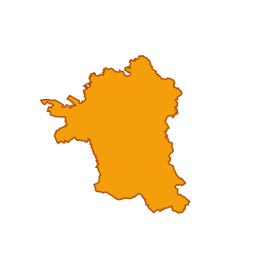 the district of Tho Xuan, Thanh Hóa, Vietnam, rotated 299°
{"feature_id": "81297802B55629975533372", "entity_name": "Tho Xuan", "entity_type": "district", "adm_level": 2, "iso_a3": "VNM", "parent_name": "Vietnam", "parent_adm1": "Thanh Hóa", "projection": "equal_earth", "projection_center": [105.491, 19.926], "detail": "fine", "context": "isolated", "style": "filled", "palette": "amber", "viewbox_px": 256, "rotation_deg": 299, "n_neighbors": 0, "source": "geoboundaries", "source_scale": "gbopen_adm2", "svg_char_len": 5794}
<svg xmlns="http://www.w3.org/2000/svg" viewBox="0 0 256 256"><g transform="rotate(299 128 128)"><path d="M57.7,130.1L57.7,132.1L59.3,136.0L59.1,137.5L61.1,139.4L61.4,140.2L61.0,148.4L60.5,151.2L60.5,153.6L60.7,154.5L61.5,155.6L65.5,159.5L67.1,163.7L68.0,164.9L70.4,165.8L70.5,167.0L75.9,169.1L76.0,169.4L76.1,171.0L75.6,173.1L73.9,175.5L74.2,177.2L72.8,177.9L71.3,180.1L69.9,180.7L69.7,181.2L69.6,182.2L70.4,183.3L69.0,183.7L68.5,184.3L67.6,186.3L67.6,187.9L67.0,190.1L66.5,191.1L66.6,191.6L69.5,192.6L71.2,193.8L71.2,194.6L70.5,196.4L71.2,196.8L71.9,196.7L72.5,197.1L73.4,196.9L73.4,198.2L74.2,198.7L75.5,198.8L75.8,199.8L76.4,200.0L77.5,201.4L80.7,203.9L80.7,204.4L79.8,204.5L78.6,206.4L77.6,206.8L78.3,210.1L78.2,211.0L78.5,211.4L78.2,212.3L78.2,213.5L79.6,214.9L80.2,216.1L83.0,216.8L84.0,216.1L84.9,217.0L85.5,217.1L87.9,215.5L89.2,216.7L89.7,217.8L91.2,217.3L93.5,217.6L94.0,215.7L94.0,214.4L95.0,210.4L94.8,209.2L95.2,206.1L94.4,205.0L94.3,203.7L95.1,202.8L98.7,201.2L98.5,198.8L99.3,197.5L102.1,198.2L102.0,198.9L102.4,199.7L103.3,200.0L104.2,203.6L105.6,203.6L107.0,205.0L107.6,204.9L108.2,203.9L108.9,201.5L109.7,200.1L109.4,198.9L109.6,198.3L109.2,196.7L109.8,195.7L110.6,193.0L112.4,190.9L114.3,187.9L116.5,186.2L116.7,185.1L116.4,182.0L117.0,180.5L118.2,179.7L118.8,179.8L119.5,180.8L120.3,180.3L122.3,180.0L122.7,177.8L123.2,177.3L126.8,177.5L127.9,178.5L129.9,178.6L133.6,174.9L135.5,174.6L136.3,173.4L135.6,171.5L135.6,170.6L137.0,169.3L137.5,167.9L138.1,167.9L137.8,166.5L138.0,165.4L138.3,165.0L138.9,165.0L139.7,166.5L140.2,166.5L141.0,164.4L142.5,162.2L143.0,162.0L143.5,163.1L144.1,163.3L146.2,162.5L147.9,163.8L149.7,161.3L151.6,157.3L154.9,157.2L156.5,156.8L158.0,157.7L160.2,160.1L158.9,162.1L160.0,162.5L160.9,162.2L161.8,162.7L162.3,162.0L163.0,162.4L164.0,163.8L164.2,163.4L163.7,162.8L164.0,162.4L164.8,162.9L165.0,163.4L164.6,163.4L164.6,163.7L165.3,164.2L166.2,163.7L166.5,163.2L166.6,161.5L167.9,162.1L168.4,160.5L168.2,159.9L168.8,158.7L170.4,160.5L171.0,160.1L171.7,160.3L172.3,159.6L173.8,159.3L175.4,155.9L176.1,156.1L176.9,157.6L177.5,157.5L178.6,156.2L180.2,156.6L180.7,157.3L181.9,157.6L182.5,158.3L183.0,158.4L184.2,158.4L185.4,157.3L185.9,156.4L186.1,154.9L187.1,152.7L186.8,151.6L186.0,151.4L186.4,149.5L186.0,148.6L186.3,147.9L187.1,147.3L188.2,147.7L188.7,146.6L190.3,147.0L191.8,144.6L191.6,140.5L190.8,139.2L190.9,138.6L189.0,137.6L188.6,137.1L187.3,132.8L188.4,131.5L188.8,130.5L188.8,129.8L188.3,129.1L189.3,128.6L189.0,126.4L191.0,125.3L191.4,120.3L193.3,119.6L193.4,118.6L193.9,117.9L194.1,117.1L194.7,116.5L195.5,116.4L196.3,115.5L196.7,114.2L197.6,113.3L197.6,111.4L198.2,110.9L198.3,109.8L197.9,106.7L198.3,106.6L198.2,105.6L196.9,104.8L196.9,103.4L195.7,103.0L194.2,103.4L193.0,103.0L192.1,100.8L191.6,100.3L191.0,100.6L190.6,101.6L189.9,101.6L189.6,100.7L189.8,100.3L189.4,100.1L189.6,99.7L189.0,99.0L189.2,97.5L187.6,97.1L186.5,97.3L186.1,98.4L185.6,99.1L182.8,99.7L181.3,101.1L180.9,100.6L180.8,99.9L181.4,99.4L182.1,99.5L181.5,98.2L180.6,98.4L179.7,96.4L177.9,96.8L177.9,97.2L177.1,97.5L177.2,100.3L176.7,101.1L176.9,101.7L177.5,101.8L177.6,103.0L176.2,104.3L175.7,104.4L174.8,104.0L173.2,102.7L172.7,101.8L172.9,98.4L174.6,97.3L174.9,96.1L173.7,93.7L174.4,92.9L173.1,93.0L172.1,92.4L171.8,91.7L171.7,90.1L171.1,89.2L172.1,85.8L172.2,84.7L169.5,82.1L169.4,81.4L170.0,80.4L169.6,79.3L169.2,79.0L168.3,79.5L167.5,78.1L166.6,78.5L166.5,79.7L165.9,80.3L165.4,80.2L164.9,79.1L164.4,78.9L164.1,79.9L162.5,80.7L161.5,77.7L159.5,77.3L159.1,76.1L158.3,75.3L158.1,74.4L158.3,73.6L159.6,73.0L159.7,71.3L158.5,71.5L158.2,70.3L157.4,69.5L156.5,69.5L155.5,70.9L155.1,70.5L154.8,69.5L154.1,69.5L153.4,70.3L152.5,69.9L152.0,71.5L151.0,72.1L150.1,73.9L149.3,72.3L148.8,72.3L148.4,73.3L148.0,73.1L147.4,71.1L147.1,71.1L147.1,73.4L147.4,74.3L146.5,74.6L145.3,74.4L144.0,73.1L142.8,73.3L142.9,73.0L144.4,72.1L145.0,70.7L145.7,70.1L145.4,69.7L144.3,69.9L143.5,69.0L143.4,69.6L143.6,70.0L143.2,70.1L143.5,70.9L141.8,72.6L139.7,71.5L139.6,71.2L138.7,71.1L137.7,72.3L137.6,73.5L137.0,73.1L136.7,73.5L136.2,73.5L135.5,74.5L134.3,74.6L134.1,75.8L131.8,77.4L131.2,76.9L129.7,76.5L129.2,75.1L128.5,74.8L127.6,75.4L126.1,73.6L126.5,73.0L128.2,72.0L128.0,69.6L128.1,61.3L124.0,60.7L124.0,64.5L123.3,66.5L123.7,66.9L122.1,69.8L122.6,70.6L122.1,71.2L121.3,70.5L121.7,69.6L121.6,69.0L120.2,69.0L119.9,67.4L118.6,68.6L117.5,67.7L117.5,67.1L118.8,65.5L118.5,63.2L118.1,62.9L117.1,62.7L116.4,63.0L115.8,62.7L114.4,60.6L115.3,59.9L116.8,60.2L117.1,51.0L116.9,50.3L115.1,47.9L114.4,45.2L113.5,43.7L113.5,43.1L110.0,38.2L108.3,41.4L108.1,43.1L108.3,43.7L109.1,44.3L111.6,44.5L111.5,48.5L112.4,49.8L111.7,51.8L109.5,50.7L108.7,51.1L107.9,48.6L106.8,48.6L103.5,49.5L105.0,51.9L102.0,53.8L102.9,59.1L107.1,67.9L105.6,69.2L104.8,69.2L104.1,70.3L103.6,70.4L103.4,70.0L101.0,73.3L99.1,71.6L98.6,72.2L98.2,71.4L95.4,69.6L94.7,68.4L92.4,68.3L91.0,66.5L89.1,67.6L88.9,66.9L85.9,67.3L85.5,67.5L84.6,68.9L82.4,71.2L80.6,74.2L81.9,75.0L82.9,75.0L83.2,75.7L84.0,76.2L83.8,79.1L84.1,79.6L84.8,79.6L86.0,78.9L86.4,79.0L86.8,79.7L86.1,81.3L86.7,82.8L89.1,83.3L92.5,85.2L93.8,85.4L93.9,87.3L93.1,87.4L92.8,88.0L92.8,90.4L94.2,91.5L94.4,93.9L95.6,95.1L95.3,97.0L95.5,98.3L95.8,99.0L97.3,98.6L97.9,99.4L99.4,98.5L99.1,100.7L97.9,101.0L96.7,102.7L95.5,102.7L95.8,103.6L95.3,104.1L95.2,105.0L94.3,104.8L93.3,105.2L92.8,107.0L92.3,107.0L91.8,107.8L91.0,108.0L90.7,109.1L89.8,109.6L89.5,110.3L88.8,110.3L88.4,112.3L87.8,113.3L87.5,113.2L87.7,113.9L87.1,113.8L85.9,114.8L85.3,116.0L84.2,116.0L83.9,116.4L84.2,117.3L83.4,116.8L82.7,117.8L82.1,119.9L81.9,120.0L81.4,119.2L78.2,119.1L78.7,121.4L78.5,121.7L76.7,122.3L76.2,123.5L75.0,125.3L73.5,126.9L72.3,126.3L71.4,126.5L67.9,128.4L66.6,128.7L64.7,128.0L62.1,125.8L59.9,128.4L57.7,130.1Z" fill="#f59e0b" stroke="#b45309" stroke-width="1.5"/></g></svg>